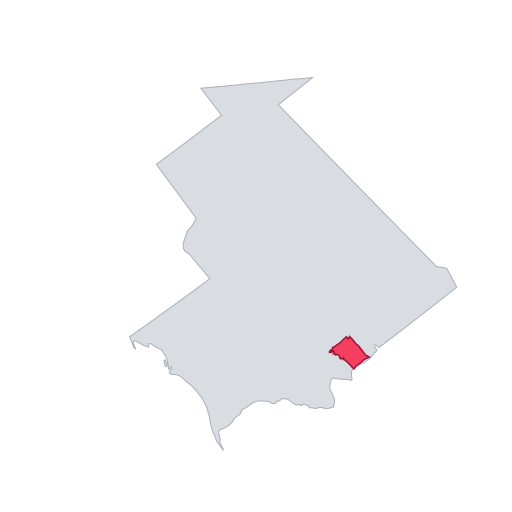 Tintane, Hodh el Gharbi, Mauritania (highlighted), rotated 323°
{"feature_id": "47542326B49589683558539", "entity_name": "Tintane", "entity_type": "district", "adm_level": 2, "iso_a3": "MRT", "parent_name": "Mauritania", "parent_adm1": "Hodh el Gharbi", "projection": "albers", "projection_center": [-10.457, 15.991], "detail": "fine", "context": "in_parent", "style": "filled", "palette": "rose", "viewbox_px": 512, "rotation_deg": 323, "n_neighbors": 0, "source": "geoboundaries", "source_scale": "gbopen_adm2", "svg_char_len": 5222}
<svg xmlns="http://www.w3.org/2000/svg" viewBox="0 0 512 512"><g transform="rotate(323 256 256)"><path d="M222.4,421.4L221.8,421.2L219.1,419.3L217.8,417.0L215.6,415.2L212.6,414.0L210.7,412.7L209.8,411.2L208.7,410.2L207.5,409.7L207.4,409.1L207.7,408.4L207.5,407.0L205.7,404.0L204.1,402.6L202.7,402.8L201.9,402.4L201.4,401.7L201.3,400.8L200.3,399.9L198.7,399.5L197.4,397.3L196.4,393.1L195.2,389.9L193.6,387.6L192.5,386.7L191.6,386.5L191.3,386.2L191.1,385.5L189.9,385.2L188.1,385.9L186.5,385.7L185.8,384.5L184.7,384.4L183.3,385.3L181.8,385.0L180.2,383.5L179.3,382.0L179.1,380.6L176.3,377.7L170.9,373.2L164.9,371.1L158.4,371.2L154.8,370.9L154.0,370.2L153.2,370.3L152.4,371.0L151.5,371.2L150.6,370.7L150.1,371.1L149.8,372.2L147.5,372.7L143.1,372.6L139.6,373.2L136.9,374.5L133.1,374.9L128.2,374.6L125.3,374.1L124.3,373.2L122.9,373.0L121.0,373.4L119.3,375.5L117.8,379.3L116.5,381.5L115.6,382.0L114.5,384.8L113.8,389.7L112.9,391.7L113.2,379.7L114.7,375.3L115.3,371.3L118.6,362.7L122.3,355.7L125.9,346.3L127.4,337.2L127.2,328.2L126.4,320.2L124.9,314.8L123.5,307.2L121.3,303.1L117.1,299.4L116.2,297.3L117.2,296.6L119.8,296.1L121.6,293.5L118.0,294.4L122.3,286.1L123.8,280.4L123.7,276.7L124.5,274.4L121.5,269.3L119.3,262.9L118.1,261.8L116.8,261.3L116.6,262.8L115.9,264.1L114.4,263.2L111.9,258.6L108.4,251.0L107.1,250.2L106.0,251.1L105.3,252.1L103.9,258.3L103.5,255.8L104.2,252.9L105.2,249.4L106.4,244.4L109.6,244.5L115.4,244.7L126.9,245.0L132.6,245.1L144.1,245.4L149.9,245.5L161.4,245.8L167.1,245.9L178.7,246.1L184.4,246.2L195.9,246.3L201.7,246.4L205.5,246.4L205.3,242.9L205.1,240.1L205.0,236.3L204.8,232.5L204.6,228.8L204.4,225.2L204.2,221.7L204.1,218.4L203.9,215.4L203.6,213.7L202.4,210.2L202.2,208.5L202.5,206.7L203.4,205.1L205.6,202.0L209.0,199.7L213.0,197.0L215.9,194.9L217.5,194.4L222.1,193.7L225.8,192.2L229.3,190.7L230.8,189.8L231.0,186.9L231.5,122.8L248.9,122.9L253.4,123.0L285.4,123.0L289.9,122.9L313.2,122.8L313.2,119.8L313.1,115.5L313.1,109.5L313.0,103.6L312.9,93.2L312.9,88.8L317.5,91.7L326.7,97.4L331.3,100.3L340.6,106.0L349.9,111.6L359.2,117.3L363.8,120.2L368.5,123.0L373.1,125.8L377.8,128.6L387.2,134.3L391.1,136.6L397.1,140.4L402.8,144.0L408.5,147.5L399.8,147.8L388.3,148.1L380.5,148.2L372.4,148.4L364.8,148.6L365.6,154.6L366.4,161.2L367.3,167.7L368.1,174.3L368.9,180.9L371.4,200.7L372.3,207.3L373.1,213.9L374.0,220.5L374.8,227.1L376.5,240.4L377.4,247.0L378.2,253.6L379.1,260.3L379.9,266.9L380.8,273.5L382.5,286.8L383.4,293.4L384.2,300.1L385.1,306.7L386.0,313.4L386.8,320.0L387.7,326.7L388.6,333.3L390.3,346.6L391.2,353.3L392.1,359.9L393.0,366.6L393.8,373.0L397.0,376.3L400.9,380.5L400.0,386.6L398.8,393.8L397.5,401.7L386.8,401.9L376.2,402.2L349.9,402.6L344.6,402.7L318.2,403.0L313.0,403.0L302.8,403.1L299.8,403.0L298.7,402.4L298.3,398.3L297.4,398.6L296.3,399.8L295.8,401.0L296.0,402.7L295.8,404.2L292.4,404.8L287.9,405.7L283.0,406.5L278.2,406.2L276.5,405.9L274.7,405.4L270.9,404.8L268.8,404.7L266.4,404.9L263.5,405.2L262.6,405.9L260.4,409.0L258.3,412.5L257.0,412.5L255.5,410.5L251.3,406.9L246.2,402.1L243.9,399.7L242.7,399.4L240.3,401.1L238.2,402.7L236.0,405.0L235.0,407.2L234.2,409.8L233.8,412.9L233.0,416.5L231.2,419.4L229.1,421.6L227.6,422.6L227.0,423.2L222.4,421.4ZM120.0,288.2L118.3,290.8L117.6,289.8L117.4,288.0L118.9,285.6L119.6,284.4L120.9,284.0L120.0,288.2Z" fill="#d9dde1" stroke="#a8b0b8" stroke-width="1"/><path d="M279.6,374.9L278.9,374.9L274.8,375.3L273.7,375.5L272.0,375.7L270.6,375.8L266.9,375.7L261.9,375.6L261.9,375.4L260.9,376.3L260.9,376.2L260.7,376.1L260.2,376.4L260.0,376.5L259.7,376.4L259.2,376.1L258.6,376.4L258.2,376.2L257.8,376.3L257.4,376.3L257.1,376.8L256.8,377.2L256.5,377.3L256.2,377.5L257.0,377.3L257.4,376.9L257.6,376.9L258.0,376.7L258.0,377.1L258.3,376.8L259.0,376.9L259.1,377.4L259.1,377.6L259.4,377.6L259.5,378.1L259.2,378.2L258.6,378.1L258.4,378.3L259.1,378.5L259.4,378.7L259.6,378.3L259.9,378.2L260.1,378.1L260.5,378.3L260.6,378.5L260.0,378.9L259.8,379.0L260.5,378.8L260.6,379.1L260.5,379.7L260.4,379.8L260.3,380.3L260.3,380.5L260.2,380.8L260.0,381.0L259.6,380.8L259.3,380.9L259.8,381.1L259.4,381.5L259.7,381.4L260.0,381.4L260.3,382.1L260.1,382.1L259.8,382.8L260.6,383.1L261.4,383.5L261.5,383.8L261.8,384.2L262.3,384.9L262.4,385.4L262.4,385.6L262.4,386.0L262.3,386.4L262.1,387.0L261.7,387.4L261.6,387.5L261.5,387.9L261.6,388.1L261.5,388.8L261.7,389.1L261.9,389.2L262.9,389.7L264.2,389.8L263.8,390.1L263.6,390.6L263.8,390.5L263.8,390.9L264.1,391.0L264.6,394.1L264.9,395.1L265.4,398.1L266.0,403.6L266.2,405.0L267.1,405.0L267.9,404.9L268.5,404.6L268.8,404.1L275.5,404.2L280.6,403.8L285.4,404.8L285.6,404.9L284.9,402.7L284.5,402.3L284.0,401.6L284.0,401.3L283.8,400.7L283.9,400.3L283.8,400.1L283.9,399.8L284.0,399.5L284.0,399.4L284.0,399.2L283.9,398.8L283.9,398.6L284.0,398.4L284.0,398.1L284.0,397.7L283.8,395.7L284.0,394.7L283.8,394.3L283.5,393.8L283.5,393.6L283.9,392.9L283.8,392.4L283.7,392.3L283.7,392.2L283.8,392.0L283.8,391.8L283.8,391.6L283.7,391.5L283.7,391.4L283.8,391.3L283.7,391.2L283.8,390.9L283.9,390.2L283.8,389.7L283.7,388.9L283.7,388.4L283.1,387.2L283.1,386.5L282.9,385.7L283.0,385.1L283.0,384.0L282.9,382.6L282.9,381.2L282.7,379.4L282.5,377.9L282.3,377.3L282.3,376.6L279.7,377.9L279.6,374.9L279.6,374.9Z" fill="#f43f5e" stroke="#9f1239" stroke-width="1.5"/></g></svg>